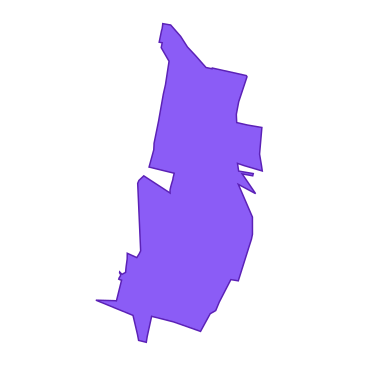 the district of Palmillas, Tamaulipas, Mexico, rotated 194°
{"feature_id": "50627088B12819325491793", "entity_name": "Palmillas", "entity_type": "district", "adm_level": 2, "iso_a3": "MEX", "parent_name": "Mexico", "parent_adm1": "Tamaulipas", "projection": "mercator", "projection_center": [-99.548, 23.265], "detail": "fine", "context": "isolated", "style": "filled", "palette": "violet", "viewbox_px": 384, "rotation_deg": 194, "n_neighbors": 0, "source": "geoboundaries", "source_scale": "gbopen_adm2", "svg_char_len": 1391}
<svg xmlns="http://www.w3.org/2000/svg" viewBox="0 0 384 384"><g transform="rotate(194 192 192)"><path d="M178.6,61.5L150.0,58.8L144.9,78.3L140.3,82.7L138.9,91.9L133.1,116.4L125.6,117.0L123.4,153.0L122.9,160.7L123.1,165.3L123.1,165.6L127.3,182.3L148.9,210.6L129.9,205.8L147.7,221.7L137.0,222.4L137.0,224.7L151.8,223.6L154.8,230.8L147.7,230.2L128.9,229.4L130.9,234.3L135.6,245.1L139.8,271.5L154.5,270.4L165.4,270.2L165.9,271.8L167.5,277.1L167.8,278.3L168.3,287.3L168.4,288.8L168.5,291.0L166.5,317.1L167.5,318.1L202.3,317.2L202.3,316.5L203.1,316.4L205.4,316.3L208.6,316.2L221.6,325.2L231.5,331.6L240.6,340.2L253.1,348.9L255.6,348.7L261.1,348.3L260.8,346.2L260.5,343.2L260.6,341.1L260.1,329.4L257.0,329.6L256.8,324.6L245.9,313.3L243.8,290.7L243.7,289.8L243.5,280.1L242.1,259.9L241.6,252.9L240.6,230.1L240.1,227.8L239.3,223.7L239.7,205.8L213.8,205.9L213.8,204.4L213.8,202.5L213.8,201.5L213.8,201.1L213.7,200.5L213.6,199.0L213.8,195.6L213.9,191.9L213.8,188.6L213.0,185.7L242.7,196.0L246.3,190.4L246.8,187.3L227.6,122.5L228.3,119.2L229.7,115.0L240.0,116.9L238.7,111.3L237.8,103.2L237.0,97.9L239.9,95.3L240.4,95.4L242.8,96.9L242.7,96.0L242.2,95.6L241.6,95.2L241.1,93.4L241.9,91.1L242.0,89.7L241.1,89.5L239.0,89.4L239.0,68.1L240.9,67.8L259.1,63.8L236.6,60.5L219.4,58.0L210.5,40.7L207.9,35.1L200.0,35.1L200.5,40.8L201.1,61.6L178.6,61.5Z" fill="#8b5cf6" stroke="#5b21b6" stroke-width="1.5"/></g></svg>